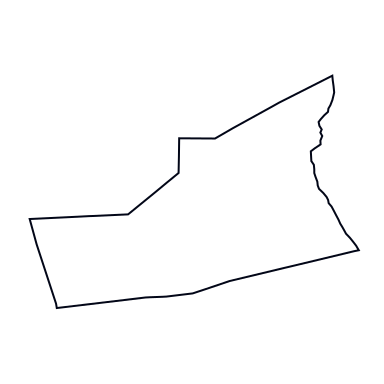 outline of Flexeiras, Alagoas, Brazil, rotated 87°
{"feature_id": "56859067B97278052476621", "entity_name": "Flexeiras", "entity_type": "district", "adm_level": 2, "iso_a3": "BRA", "parent_name": "Brazil", "parent_adm1": "Alagoas", "projection": "robinson", "projection_center": [-35.785, -9.256], "detail": "fine", "context": "isolated", "style": "outline", "palette": "ink", "viewbox_px": 384, "rotation_deg": 87, "n_neighbors": 0, "source": "geoboundaries", "source_scale": "gbopen_adm2", "svg_char_len": 991}
<svg xmlns="http://www.w3.org/2000/svg" viewBox="0 0 384 384"><g transform="rotate(87 192 192)"><path d="M300.8,333.1L294.9,243.9L294.9,239.6L295.1,227.2L295.1,223.1L293.3,196.6L289.8,183.8L282.9,159.2L272.7,104.1L271.7,98.5L259.6,33.2L258.9,28.5L254.2,30.9L250.0,33.8L246.0,36.7L241.7,40.4L238.1,42.1L234.5,43.9L231.4,45.6L227.2,47.2L222.7,49.3L218.5,51.2L213.8,53.4L210.3,56.1L207.1,56.5L204.1,57.8L199.9,60.9L195.5,65.0L192.1,66.1L188.2,66.3L183.2,67.9L179.5,68.9L175.6,68.7L171.2,68.9L167.4,71.2L162.5,71.2L157.6,71.2L154.8,67.1L151.2,61.1L147.4,61.1L142.9,59.0L139.4,60.7L136.3,59.2L132.6,61.3L128.7,61.9L125.9,59.5L122.2,55.8L119.1,52.0L115.8,51.4L112.6,49.3L107.5,47.0L103.2,45.7L100.0,44.8L93.7,45.1L87.9,45.6L83.2,45.8L107.3,100.3L111.1,108.0L130.5,148.0L139.8,166.2L137.7,202.0L155.8,203.2L172.3,204.4L181.5,216.9L189.7,227.9L211.0,257.0L210.8,290.8L210.7,296.0L210.7,307.8L210.5,355.5L236.1,349.9L296.4,333.6L300.8,333.1Z" fill="none" stroke="#020617" stroke-width="2"/></g></svg>